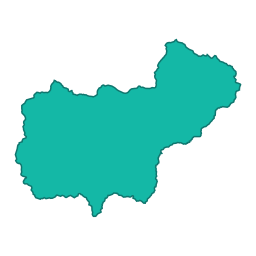 San Miguel, Cajamarca, Peru
{"feature_id": "86281439B14604088738254", "entity_name": "San Miguel", "entity_type": "district", "adm_level": 2, "iso_a3": "PER", "parent_name": "Peru", "parent_adm1": "Cajamarca", "projection": "mercator", "projection_center": [-78.987, -6.973], "detail": "fine", "context": "isolated", "style": "filled", "palette": "teal", "viewbox_px": 256, "rotation_deg": 0, "n_neighbors": 0, "source": "geoboundaries", "source_scale": "gbopen_adm2", "svg_char_len": 5740}
<svg xmlns="http://www.w3.org/2000/svg" viewBox="0 0 256 256"><path d="M40.3,199.2L41.0,198.5L42.7,198.6L44.2,197.6L45.8,198.6L46.3,198.6L49.6,197.8L50.3,198.3L52.4,198.2L55.2,196.9L55.9,196.2L56.2,195.5L57.0,195.1L60.7,196.3L61.8,195.5L62.5,195.4L63.9,195.9L65.4,197.3L65.9,197.4L66.5,197.4L68.6,196.1L70.6,195.4L74.3,197.7L76.7,196.2L77.8,195.9L78.4,194.0L78.9,193.7L80.2,193.6L80.6,193.9L81.0,194.6L82.0,194.8L83.2,196.1L84.6,197.1L86.3,197.6L86.9,199.4L88.1,201.0L89.1,202.0L89.3,202.9L88.9,204.8L89.9,205.1L91.7,206.3L91.9,207.2L92.0,210.3L92.7,212.3L92.3,214.3L92.7,215.3L93.4,216.3L95.4,216.3L95.9,216.1L97.6,213.9L101.0,212.2L101.0,211.6L100.5,210.2L100.9,209.2L101.6,208.9L102.2,208.4L102.2,207.8L101.7,207.0L102.3,205.7L102.1,204.4L102.7,203.8L102.7,203.4L103.0,202.4L104.6,201.0L105.3,198.2L106.5,198.1L107.1,197.6L107.9,196.1L108.0,195.4L109.4,195.4L112.3,194.3L113.9,193.0L115.2,193.2L116.1,193.1L116.7,193.5L117.4,193.4L118.9,195.2L121.7,195.5L122.1,196.1L123.5,197.1L125.9,196.9L127.0,196.4L128.0,196.7L128.7,196.5L129.2,196.9L130.1,197.1L131.4,196.5L132.3,195.8L133.0,195.8L133.5,196.9L133.0,197.7L133.0,198.2L134.9,198.9L136.7,201.2L137.9,200.9L138.8,201.0L139.8,200.4L141.6,201.2L143.6,203.1L145.2,203.2L145.3,202.1L146.2,201.7L147.1,201.0L147.5,198.9L149.7,197.1L150.2,196.2L151.2,195.3L152.0,193.5L153.9,192.5L154.1,191.5L154.9,190.4L154.4,188.9L154.5,187.6L155.1,186.8L155.7,186.9L156.1,186.0L156.1,184.7L157.2,181.3L156.7,180.3L156.7,179.8L155.6,178.8L155.9,177.2L156.7,176.2L156.2,174.6L156.5,171.7L156.4,171.2L155.9,170.9L156.1,169.6L156.1,168.5L155.6,167.3L155.7,166.8L155.9,166.5L155.8,165.4L157.1,164.7L157.7,164.0L157.7,163.4L158.8,162.9L158.8,161.5L158.1,158.6L158.3,158.1L158.3,157.4L158.8,157.0L158.9,156.3L159.8,155.1L159.9,154.3L160.7,153.6L161.8,153.4L161.4,152.7L160.7,152.3L161.0,151.5L160.8,150.9L161.1,150.2L161.8,149.7L162.5,149.7L163.2,149.4L164.4,147.7L166.7,147.0L168.6,147.0L170.1,145.4L172.3,144.7L172.8,143.9L173.8,143.3L174.7,143.4L176.6,143.0L177.2,142.5L177.9,142.7L179.1,142.6L179.6,142.9L180.9,142.7L183.6,144.1L184.2,143.8L185.9,144.1L186.5,143.4L187.4,143.2L187.5,142.6L188.8,142.5L189.6,142.1L189.4,141.2L190.8,140.8L190.8,140.3L192.1,139.2L192.1,138.6L192.4,138.1L194.1,136.6L199.6,136.6L200.3,136.4L201.0,135.2L200.9,134.5L201.4,133.2L200.8,131.4L201.2,130.7L201.1,129.9L201.4,128.7L201.9,128.2L204.2,126.8L205.9,126.5L207.6,124.9L208.9,124.2L210.8,121.7L211.8,120.9L212.5,119.7L214.0,118.4L214.2,118.0L214.0,117.3L214.2,115.9L215.0,115.6L215.2,115.3L215.5,110.7L216.2,109.7L216.8,109.5L217.2,108.7L218.4,107.9L219.5,108.0L220.6,107.1L221.6,107.2L222.4,106.6L227.3,107.2L229.1,106.1L230.9,103.3L233.7,102.0L234.3,99.6L235.1,99.0L235.9,97.4L235.4,94.4L236.0,91.8L236.3,91.4L236.9,91.0L238.0,90.7L239.5,89.9L239.3,89.1L239.6,88.1L239.6,87.1L240.6,84.7L240.4,84.2L237.9,83.1L236.2,82.7L235.5,82.2L235.5,81.3L236.0,79.6L234.6,78.2L233.9,76.4L234.1,76.2L235.3,76.1L235.5,75.9L236.1,73.8L235.8,71.5L233.8,69.8L233.2,68.7L232.4,68.0L232.3,66.9L232.0,66.5L231.1,66.3L229.8,65.4L228.7,65.6L228.1,65.5L227.6,65.2L226.3,63.6L224.8,63.3L223.1,62.2L219.9,61.3L219.2,60.2L217.2,58.4L215.9,55.9L214.8,55.6L212.4,58.0L211.4,58.2L211.0,58.1L207.2,54.6L206.8,55.5L206.3,55.9L205.5,55.9L204.6,55.7L203.1,54.9L201.0,56.3L199.4,56.1L198.9,56.3L198.5,56.2L197.4,55.1L195.6,54.1L194.7,53.8L193.5,52.7L193.0,51.1L191.9,50.4L190.9,50.1L188.9,49.2L186.0,47.1L184.8,44.5L183.3,43.8L182.4,43.0L178.3,42.2L176.6,40.7L176.4,39.7L175.2,40.2L174.4,41.4L173.7,41.7L170.6,42.7L169.1,42.5L167.3,42.9L166.4,43.6L165.5,44.9L165.2,45.5L166.4,46.6L166.6,47.4L166.1,48.7L166.8,50.9L166.2,54.3L164.4,56.3L163.6,57.7L162.8,58.1L161.7,59.7L160.9,60.3L160.4,61.2L159.2,62.5L157.9,65.0L157.7,66.0L158.5,67.0L158.6,67.9L157.4,68.9L156.4,70.8L155.1,71.9L154.5,72.7L155.4,74.7L154.7,75.9L155.0,77.8L156.3,79.8L156.5,80.5L156.0,83.3L156.3,84.9L156.1,85.7L155.6,87.3L154.8,87.8L154.2,87.9L152.1,87.6L150.9,88.2L149.7,88.5L145.5,88.4L142.8,87.2L141.6,87.4L140.9,87.2L139.9,86.2L139.0,86.1L138.5,86.3L137.2,88.0L135.9,88.4L134.8,88.4L131.6,88.9L130.3,89.7L128.1,92.3L126.8,93.0L125.2,93.3L123.5,93.0L118.5,90.7L117.3,90.0L114.8,87.8L111.9,86.1L108.1,85.2L105.2,86.0L104.5,85.8L103.8,85.1L103.0,85.1L101.6,86.0L100.8,87.5L99.2,88.0L97.6,90.4L97.3,91.8L97.3,94.5L95.4,95.9L93.2,96.9L92.2,96.5L89.1,96.2L87.3,95.6L86.2,94.9L84.3,94.8L83.6,94.4L82.6,94.7L81.3,94.2L79.4,94.2L78.8,94.6L77.9,94.8L77.3,95.4L74.8,94.4L73.3,94.3L73.1,94.1L73.0,93.1L72.0,91.7L71.9,90.6L71.4,90.6L69.9,91.6L69.1,91.4L68.4,90.9L68.2,89.2L67.0,88.6L66.5,88.2L65.7,88.1L63.4,87.4L62.6,85.8L61.6,85.0L61.2,84.1L59.8,82.9L58.6,82.2L57.4,82.3L56.7,81.7L56.1,81.6L55.6,80.9L54.3,80.4L53.8,82.0L51.7,84.3L50.8,86.3L50.9,87.8L50.4,90.2L48.8,92.0L47.3,92.7L46.3,92.4L43.8,92.6L42.2,92.1L41.2,92.3L40.2,93.2L38.7,92.6L36.9,92.3L34.3,94.6L33.9,95.8L34.2,97.0L33.7,97.8L26.6,99.9L25.3,102.0L24.7,103.4L23.7,103.9L21.8,105.5L21.8,108.6L22.1,110.6L21.8,111.6L22.1,113.1L24.5,115.6L25.1,116.7L25.5,118.0L25.5,119.4L24.1,121.0L23.7,121.8L23.7,123.0L24.3,124.4L24.2,124.8L23.0,126.7L23.5,128.1L23.6,129.8L24.9,132.8L24.8,133.7L24.4,134.3L24.5,134.7L25.1,135.6L26.3,136.6L26.3,136.9L25.9,137.9L23.0,139.0L22.2,140.6L22.2,141.7L19.2,142.8L19.0,144.4L18.2,144.7L17.7,145.8L17.2,148.9L15.4,154.7L16.3,157.4L16.7,159.2L16.5,159.6L15.7,160.5L16.1,161.5L17.1,162.8L17.5,163.0L18.6,163.5L19.7,163.4L21.2,165.1L21.6,167.1L21.4,169.6L21.7,172.2L21.0,173.9L21.0,174.7L21.5,175.3L22.9,176.2L26.0,177.0L26.4,177.5L26.2,178.0L25.1,178.5L23.4,181.3L23.6,183.0L24.9,183.9L26.7,183.8L27.7,184.2L28.3,185.0L31.2,186.2L31.7,187.0L31.9,188.1L31.2,189.7L31.2,190.1L32.7,191.9L33.2,193.6L33.2,194.3L34.7,195.1L34.9,196.2L35.8,197.7L40.3,199.2Z" fill="#14b8a6" stroke="#0f766e" stroke-width="1.5"/></svg>